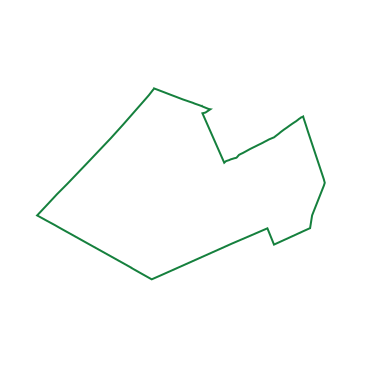 Traian, Olt, Romania (Natural Earth projection), rotated 320°
{"feature_id": "2599482B56106191533924", "entity_name": "Traian", "entity_type": "district", "adm_level": 2, "iso_a3": "ROU", "parent_name": "Romania", "parent_adm1": "Olt", "projection": "natural_earth1", "projection_center": [24.472, 44.005], "detail": "fine", "context": "isolated", "style": "outline", "palette": "green", "viewbox_px": 384, "rotation_deg": 320, "n_neighbors": 0, "source": "geoboundaries", "source_scale": "gbopen_adm2", "svg_char_len": 1490}
<svg xmlns="http://www.w3.org/2000/svg" viewBox="0 0 384 384"><g transform="rotate(320 192 192)"><path d="M259.2,295.6L261.4,293.7L264.5,291.0L269.0,287.1L294.1,273.5L297.1,271.9L299.6,270.3L301.2,266.9L319.8,219.9L322.2,214.1L325.1,206.8L325.7,205.6L324.2,205.3L323.7,205.0L322.6,205.0L320.9,204.8L319.5,204.8L317.1,204.7L315.7,204.5L313.1,204.2L310.9,204.0L308.5,203.8L306.7,203.7L304.5,203.5L302.5,203.3L298.7,203.1L295.8,203.1L291.5,202.9L290.6,202.9L290.1,202.9L289.5,202.7L287.6,202.1L284.7,201.2L282.2,200.7L280.1,200.2L278.0,199.8L275.5,199.2L273.2,198.6L269.8,197.8L267.4,197.2L264.1,196.4L259.5,195.5L256.0,194.8L254.9,194.5L254.2,194.3L252.0,193.8L251.7,193.8L248.6,194.3L248.1,194.3L247.8,194.2L247.3,194.0L246.2,193.4L242.4,191.8L241.1,191.5L238.4,190.4L237.7,190.2L235.5,190.3L250.6,138.4L253.4,139.8L259.2,140.4L258.5,139.6L257.9,138.7L255.4,134.0L254.8,132.8L254.9,132.4L254.6,132.3L254.4,132.0L253.1,129.7L251.1,126.4L250.9,126.0L250.6,125.6L250.5,125.2L250.3,124.8L244.5,115.2L240.9,108.7L238.2,103.9L234.5,97.2L229.6,88.4L229.5,88.5L228.3,88.6L221.3,90.1L216.3,90.9L182.4,96.1L164.4,98.6L130.1,102.5L122.8,103.3L101.8,105.6L87.2,106.9L73.5,108.6L58.3,110.4L62.3,120.7L65.9,129.8L66.5,131.5L66.7,132.0L66.8,132.3L67.1,133.1L68.8,137.6L96.9,211.2L96.8,211.3L100.1,220.1L104.0,230.4L105.0,233.0L114.2,235.7L190.2,257.4L190.8,257.6L194.8,258.8L226.4,268.3L221.0,285.0L251.1,293.3L251.5,293.4L258.6,295.4L259.2,295.6Z" fill="none" stroke="#15803d" stroke-width="2"/></g></svg>